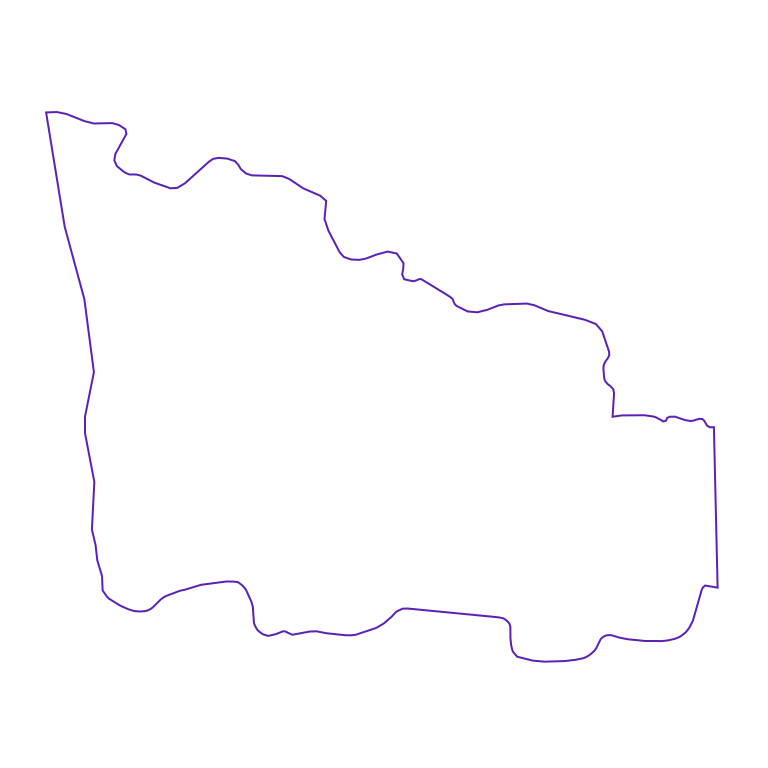 the Department of Borgou, rotated 268°
{"feature_id": "BEN-2169", "entity_name": "Borgou", "entity_type": "Department", "adm_level": 1, "iso_a3": "BEN", "parent_name": "Benin", "parent_adm1": "", "projection": "natural_earth1", "projection_center": [2.675, 9.701], "detail": "fine", "context": "isolated", "style": "outline", "palette": "violet", "viewbox_px": 768, "rotation_deg": 268, "n_neighbors": 0, "source": "natural_earth", "source_scale": "10m", "svg_char_len": 2836}
<svg xmlns="http://www.w3.org/2000/svg" viewBox="0 0 768 768"><g transform="rotate(268 384 384)"><path d="M667.2,55.8L667.2,66.6L664.9,76.1L657.2,93.7L654.5,103.1L654.2,121.4L652.2,127.9L647.6,134.5L642.9,135.3L623.4,123.6L617.0,122.3L611.1,124.6L605.2,131.3L603.2,134.6L602.3,136.9L602.0,143.8L600.8,148.0L593.2,161.6L587.0,177.6L587.2,184.2L591.6,192.2L612.2,216.7L615.0,221.2L615.8,226.7L615.0,233.0L614.8,235.0L612.0,242.7L608.2,246.0L603.8,248.4L599.1,253.6L597.1,259.3L595.3,289.5L592.2,296.5L582.4,310.0L574.4,326.8L569.1,332.6L550.8,330.3L539.0,333.9L517.2,344.3L512.3,348.4L509.6,355.5L508.9,363.5L510.0,370.4L513.7,381.3L516.2,392.1L514.0,401.3L504.1,407.7L498.8,407.3L492.9,406.0L488.0,407.8L485.7,416.5L486.1,418.9L487.7,423.3L487.3,425.2L468.8,453.1L466.6,455.4L461.7,457.3L459.5,459.2L453.6,470.1L452.4,479.8L454.5,489.7L458.4,500.8L459.4,506.7L459.4,529.6L457.5,536.9L451.2,550.6L441.2,586.9L436.5,597.9L429.0,603.9L408.3,610.1L404.8,610.1L401.7,608.4L398.8,606.1L395.4,604.3L392.1,603.8L382.8,604.2L379.6,604.9L376.3,607.3L373.8,610.4L370.8,612.9L366.8,613.6L343.3,611.3L344.3,620.7L343.7,643.1L342.0,652.7L341.0,654.9L337.6,660.8L336.8,661.6L337.4,664.4L338.7,665.2L340.2,665.8L341.3,668.3L341.2,673.7L337.4,683.7L336.3,689.2L336.7,692.3L338.2,697.7L337.9,700.9L336.2,702.7L331.1,705.4L329.4,708.1L329.3,711.9L329.3,712.2L329.2,712.2L168.8,710.3L171.4,697.9L169.6,695.7L168.7,695.1L166.8,694.2L136.5,684.4L130.4,681.0L127.6,678.9L125.2,676.7L123.2,674.1L121.3,671.3L120.2,668.7L119.2,665.8L117.8,658.6L117.4,652.8L118.1,635.4L118.7,631.4L120.3,619.3L122.2,610.8L124.7,603.5L125.1,601.5L125.2,599.2L124.8,596.7L123.5,594.0L122.5,592.7L121.5,591.7L112.5,586.8L110.2,585.1L108.8,583.6L106.9,581.2L105.1,578.5L103.6,575.4L103.0,573.6L101.7,566.0L100.8,554.9L100.9,534.7L102.4,522.8L106.8,507.6L109.7,505.2L111.9,503.6L113.4,503.0L118.3,502.0L125.5,501.5L136.9,501.8L138.6,501.4L140.2,500.9L141.5,500.0L142.6,499.0L144.4,497.0L145.7,495.0L146.8,490.4L158.8,399.7L158.8,394.7L156.1,388.4L151.0,383.3L144.8,375.6L140.8,368.3L140.2,366.7L134.4,347.1L134.0,342.5L134.3,336.5L136.9,317.9L139.2,307.9L139.2,301.0L136.6,283.7L139.2,278.3L139.4,278.2L139.8,277.7L140.2,276.1L140.4,274.5L137.8,267.3L136.5,260.7L136.4,259.3L137.0,257.3L137.9,254.7L140.3,251.3L142.0,249.5L143.6,248.3L146.5,246.8L149.5,245.7L166.1,245.1L171.0,243.9L183.1,238.9L185.7,237.1L188.0,235.0L190.1,232.4L191.2,230.8L191.8,226.5L192.1,219.4L189.7,194.2L185.4,178.0L184.4,172.5L179.8,158.9L178.4,156.2L176.5,153.4L168.7,145.0L167.0,142.3L165.9,139.6L165.6,138.7L165.3,136.8L165.2,131.5L165.8,126.4L167.8,120.7L171.4,113.1L179.1,101.6L179.9,100.9L180.9,99.9L187.4,95.6L202.0,95.5L217.9,91.3L233.2,90.1L248.7,87.0L296.4,91.1L345.1,83.5L361.6,84.0L406.0,94.5L479.2,87.5L552.2,70.4L667.0,55.8L667.2,55.8Z" fill="none" stroke="#5b21b6" stroke-width="2"/></g></svg>